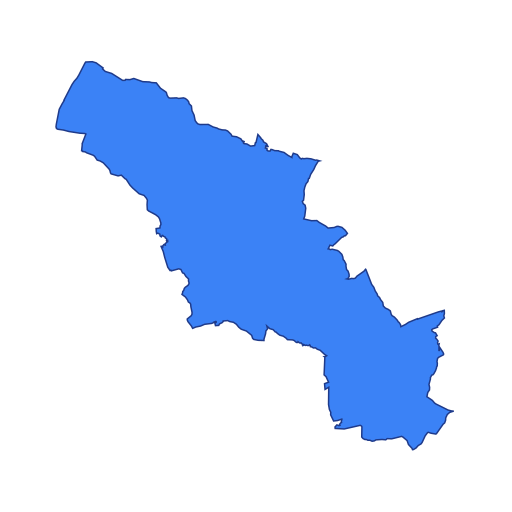 outline of Slivilesti, Gorj, Romania, rotated 185°
{"feature_id": "2599482B46387376395238", "entity_name": "Slivilesti", "entity_type": "district", "adm_level": 2, "iso_a3": "ROU", "parent_name": "Romania", "parent_adm1": "Gorj", "projection": "orthographic", "projection_center": [23.089, 44.793], "detail": "fine", "context": "isolated", "style": "filled", "palette": "blue", "viewbox_px": 512, "rotation_deg": 185, "n_neighbors": 0, "source": "geoboundaries", "source_scale": "gbopen_adm2", "svg_char_len": 6041}
<svg xmlns="http://www.w3.org/2000/svg" viewBox="0 0 512 512"><g transform="rotate(185 256 256)"><path d="M436.0,435.3L442.6,434.4L443.3,433.1L448.3,420.7L449.9,417.5L452.4,414.1L454.2,410.8L460.9,394.5L460.6,394.3L462.4,390.7L464.8,385.0L466.4,370.0L466.5,367.0L466.0,366.5L465.9,365.6L464.5,365.0L458.9,364.7L453.1,363.7L442.4,363.0L437.1,363.1L436.1,362.7L439.0,352.6L438.8,351.8L438.9,345.7L438.0,345.5L437.9,345.0L435.0,344.8L433.9,344.1L427.0,342.2L425.5,341.3L422.6,337.7L419.6,337.1L416.2,335.5L410.0,329.9L409.0,328.5L408.2,326.1L407.5,325.2L400.4,323.8L397.2,324.8L393.1,321.5L392.0,321.1L387.7,315.6L384.7,312.9L377.8,307.8L372.8,306.6L370.3,304.1L369.1,302.3L369.0,297.7L368.3,292.6L366.7,291.4L359.6,288.4L356.7,286.5L355.4,284.8L353.7,280.7L353.5,278.9L354.1,277.8L354.2,275.5L357.9,274.6L357.5,271.8L356.9,269.6L355.9,270.2L353.7,269.4L353.4,267.7L352.0,266.8L351.2,268.3L350.7,268.4L350.1,267.7L348.1,266.9L347.9,266.1L346.8,265.6L346.4,265.1L346.5,263.8L345.5,263.8L345.8,263.2L345.2,262.9L345.3,262.4L346.2,262.2L346.3,261.7L347.6,260.2L347.3,259.0L347.7,259.0L348.0,259.6L348.7,259.4L349.7,258.0L349.7,256.9L350.6,257.5L351.4,257.3L348.8,252.4L346.8,246.6L342.9,237.1L340.4,234.1L339.6,234.5L339.1,233.8L331.8,236.5L329.6,236.0L327.7,232.8L326.2,232.4L324.0,229.5L321.2,227.3L321.1,225.2L320.3,223.3L320.4,222.5L321.2,220.8L323.6,218.8L324.6,217.5L325.0,215.5L325.9,214.2L325.9,212.9L326.4,211.3L322.7,209.0L320.4,206.3L319.4,204.3L317.6,203.3L316.9,202.3L316.4,199.6L314.8,194.3L314.7,192.4L315.3,190.9L319.0,187.3L318.9,186.3L318.0,184.6L314.4,180.8L312.8,178.4L309.8,180.0L305.1,181.4L301.2,183.5L294.2,185.0L292.2,186.1L292.3,186.4L290.5,187.3L290.0,187.2L289.9,186.4L291.1,185.5L290.3,183.1L287.1,183.6L286.4,185.2L284.0,186.6L283.0,187.8L283.0,188.4L278.5,189.2L276.5,188.4L272.7,188.0L269.6,186.3L267.0,183.6L264.4,181.8L259.0,180.4L253.4,176.6L252.2,173.7L251.0,172.7L246.4,172.2L240.7,172.5L240.8,173.9L239.7,179.3L239.6,182.2L238.1,184.5L239.1,187.2L235.9,184.8L232.4,184.1L230.3,182.1L229.0,181.8L228.2,180.9L225.4,179.2L221.8,178.5L218.9,176.8L217.4,175.4L212.3,175.6L210.5,175.1L208.9,173.8L207.6,173.3L206.9,173.7L206.7,174.3L205.1,173.2L203.4,173.3L203.2,172.7L201.6,172.1L201.8,171.4L201.4,171.3L201.4,170.9L200.4,171.4L200.3,171.8L199.1,171.2L198.1,171.6L196.9,171.3L195.6,171.4L194.8,172.2L194.2,171.6L193.9,170.4L192.6,170.3L190.8,169.4L188.7,169.7L186.9,168.5L183.9,167.7L179.3,164.1L176.9,162.8L178.2,161.9L179.2,161.7L178.6,161.3L177.8,143.5L175.7,141.9L172.7,136.6L176.6,134.8L175.6,129.1L172.1,131.6L170.8,114.4L169.5,109.5L167.9,106.8L167.8,104.3L164.3,98.4L160.4,99.2L156.3,101.0L156.2,100.7L156.6,98.7L156.3,97.6L156.9,97.3L158.1,95.6L157.6,94.6L158.6,94.2L160.7,94.8L162.4,92.6L162.1,91.1L153.0,91.4L137.4,96.4L136.1,95.8L135.6,95.0L134.9,84.9L133.5,83.5L131.7,82.7L130.0,82.8L128.5,82.2L126.5,82.4L124.2,81.6L122.1,82.1L120.4,83.3L114.5,84.2L110.7,84.2L109.4,85.5L104.9,85.7L95.2,89.0L93.8,88.4L89.4,85.3L87.7,81.5L83.8,78.0L83.2,76.7L82.3,76.9L79.8,78.7L77.9,81.3L75.1,83.3L74.2,84.9L71.8,91.6L69.7,95.0L69.0,95.4L66.2,94.7L61.3,94.3L60.7,94.8L54.9,104.8L53.5,106.2L52.8,109.0L52.9,111.3L51.6,114.8L49.4,117.1L45.5,118.7L47.8,118.7L51.3,119.3L63.7,124.2L65.3,125.1L67.7,127.5L73.5,130.7L73.0,135.0L71.5,137.7L71.6,140.3L72.5,143.2L71.5,148.7L71.7,149.9L70.6,152.6L69.4,153.1L68.6,154.2L67.2,157.3L66.5,159.9L66.4,161.4L65.9,162.3L66.0,165.0L66.5,166.5L66.2,169.8L65.2,171.0L60.7,173.9L60.5,174.7L61.3,176.3L64.8,180.7L65.2,177.9L65.5,177.9L65.8,182.0L66.1,182.9L65.9,184.4L66.9,183.9L67.2,184.1L67.6,185.5L67.2,187.1L68.6,188.8L69.9,189.8L69.9,191.5L68.6,192.4L70.5,195.1L71.9,195.3L74.1,196.6L74.5,197.9L73.7,198.7L68.9,200.9L69.3,202.1L67.7,203.5L65.2,208.0L62.9,210.7L63.7,212.7L63.3,215.1L63.7,218.3L65.2,217.8L65.4,217.0L66.0,216.6L66.5,217.3L69.5,216.2L89.6,207.2L89.8,207.6L98.1,203.3L101.2,200.8L105.5,198.2L106.1,200.3L107.8,202.4L108.5,202.7L109.7,204.4L112.8,207.2L115.4,208.5L116.4,210.1L117.4,213.0L119.5,214.3L122.6,215.4L124.8,217.3L125.7,220.8L128.1,223.4L129.3,225.4L131.4,227.0L131.9,228.6L134.2,231.6L135.9,235.1L138.3,237.8L145.4,252.2L145.7,252.4L147.1,250.3L153.7,244.7L155.1,242.6L156.7,242.0L158.9,242.0L161.8,240.9L163.4,241.1L162.5,241.5L161.4,243.8L161.7,246.0L163.0,249.0L164.6,250.4L165.5,253.8L165.6,255.7L167.8,259.2L168.8,259.9L169.4,262.5L170.6,265.1L173.8,267.8L175.4,268.6L180.7,269.4L182.6,268.8L183.7,269.4L184.7,269.4L183.3,273.2L180.4,272.7L179.5,274.0L178.2,275.1L172.3,282.0L170.7,282.7L169.8,283.8L168.6,284.0L166.9,286.5L169.4,289.4L172.9,292.0L176.6,292.7L177.9,292.6L180.6,291.2L186.6,290.1L189.2,291.9L196.0,295.0L198.5,296.6L203.8,296.0L211.7,297.1L210.9,300.0L210.6,307.9L211.5,310.9L213.6,312.3L214.6,314.5L213.5,315.7L213.3,321.4L213.9,325.2L213.4,328.9L212.4,332.4L210.8,334.7L210.4,337.8L209.7,338.0L208.7,342.0L206.0,347.2L204.6,351.2L202.3,355.8L200.9,356.3L203.9,356.9L205.0,356.6L209.7,357.6L213.8,357.7L216.8,357.1L218.4,357.3L219.3,356.6L220.9,357.5L223.7,360.6L227.8,361.6L229.0,357.9L228.9,357.3L232.8,359.0L237.1,361.6L242.0,362.4L242.8,362.8L246.5,362.6L249.6,363.5L250.5,363.4L250.5,363.0L251.2,361.7L253.1,361.7L254.2,362.2L254.3,363.8L256.1,364.4L255.8,365.2L256.0,366.5L255.3,367.2L254.3,365.9L253.6,366.1L255.3,368.8L258.5,370.4L259.2,371.9L261.3,373.5L261.5,374.1L264.7,377.2L265.9,369.0L266.5,368.8L266.9,365.9L271.0,365.0L274.8,366.8L277.7,366.9L278.3,367.4L277.8,369.0L279.1,369.4L279.4,369.0L281.3,371.4L285.8,373.1L290.3,373.3L291.5,375.1L295.2,378.1L297.4,378.8L300.7,378.7L304.4,379.3L305.8,380.0L310.0,380.8L315.0,382.9L323.4,382.1L325.3,382.5L326.7,383.6L328.4,385.6L330.0,391.0L332.5,395.3L333.4,399.8L335.9,401.9L336.5,403.7L337.8,405.2L340.0,406.7L342.0,407.2L346.8,406.2L348.9,406.6L355.1,405.8L356.6,406.0L357.4,406.7L358.6,408.5L359.5,410.9L360.0,411.5L365.8,414.8L370.4,419.8L375.1,419.7L377.3,420.1L384.0,419.8L393.2,422.2L397.0,420.7L401.3,420.5L401.7,419.6L404.1,419.3L415.7,425.3L422.2,426.7L425.2,429.0L424.7,430.0L432.1,434.5L436.0,435.3Z" fill="#3b82f6" stroke="#1e3a8a" stroke-width="1.5"/></g></svg>